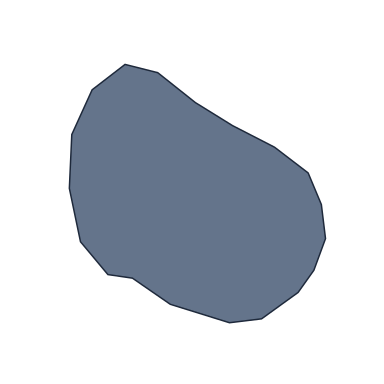 outline of Astana, rotated 164°
{"feature_id": "KAZ-4830", "entity_name": "Astana", "entity_type": "City", "adm_level": 1, "iso_a3": "KAZ", "parent_name": "Kazakhstan", "parent_adm1": "", "projection": "natural_earth1", "projection_center": [71.419, 51.14], "detail": "fine", "context": "isolated", "style": "filled", "palette": "slate", "viewbox_px": 384, "rotation_deg": 164, "n_neighbors": 0, "source": "natural_earth", "source_scale": "10m", "svg_char_len": 401}
<svg xmlns="http://www.w3.org/2000/svg" viewBox="0 0 384 384"><g transform="rotate(164 192 192)"><path d="M160.1,50.9L192.0,56.0L243.8,90.0L273.0,125.6L295.6,135.8L312.9,174.9L308.9,229.3L291.7,280.4L259.8,317.8L221.2,333.1L192.0,316.1L164.1,277.0L134.8,244.7L100.3,212.3L75.1,178.3L71.1,144.3L76.5,110.4L96.4,83.2L117.7,66.2L160.1,50.9Z" fill="#64748b" stroke="#1e293b" stroke-width="1.5"/></g></svg>